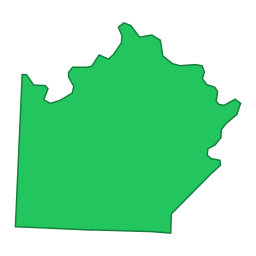 the district of Saline, Missouri, United States of America
{"feature_id": "52423323B60442880847167", "entity_name": "Saline", "entity_type": "district", "adm_level": 2, "iso_a3": "USA", "parent_name": "United States of America", "parent_adm1": "Missouri", "projection": "natural_earth1", "projection_center": [-93.121, 39.17], "detail": "fine", "context": "isolated", "style": "filled", "palette": "green", "viewbox_px": 256, "rotation_deg": 0, "n_neighbors": 0, "source": "geoboundaries", "source_scale": "gbopen_adm2", "svg_char_len": 786}
<svg xmlns="http://www.w3.org/2000/svg" viewBox="0 0 256 256"><path d="M170.7,233.1L171.4,213.8L211.0,173.8L220.5,165.2L219.9,160.3L211.2,158.6L207.3,155.3L207.8,148.9L215.1,144.9L220.9,137.6L221.3,129.6L226.3,123.4L236.8,114.4L240.6,103.4L235.1,99.2L224.3,105.3L218.9,104.4L216.2,101.1L217.6,91.6L214.8,87.3L206.5,84.4L202.4,78.7L204.4,72.0L202.2,65.9L196.2,64.6L179.9,65.7L172.6,63.7L162.8,55.9L160.3,40.2L151.8,35.0L139.6,37.2L131.0,25.7L123.9,22.9L118.4,27.1L122.0,35.8L121.4,42.8L113.3,54.8L108.2,59.2L99.2,54.9L91.6,66.3L86.4,67.3L72.6,67.2L68.5,72.6L68.6,77.0L73.8,86.4L72.2,93.1L60.1,100.4L50.3,103.4L43.8,99.7L48.0,88.7L45.1,85.6L33.7,85.0L26.5,74.7L22.2,74.5L15.4,226.7L92.9,230.1L92.9,229.9L151.5,231.6L170.7,233.1Z" fill="#22c55e" stroke="#15803d" stroke-width="1.5"/></svg>